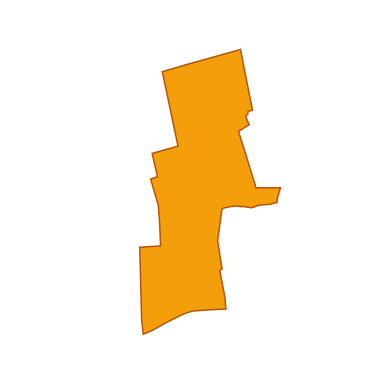 Fantanele, Teleorman, Romania (Natural Earth projection), rotated 322°
{"feature_id": "2599482B79674535262636", "entity_name": "Fantanele", "entity_type": "district", "adm_level": 2, "iso_a3": "ROU", "parent_name": "Romania", "parent_adm1": "Teleorman", "projection": "natural_earth1", "projection_center": [25.305, 43.725], "detail": "fine", "context": "isolated", "style": "filled", "palette": "amber", "viewbox_px": 384, "rotation_deg": 322, "n_neighbors": 0, "source": "geoboundaries", "source_scale": "gbopen_adm2", "svg_char_len": 1551}
<svg xmlns="http://www.w3.org/2000/svg" viewBox="0 0 384 384"><g transform="rotate(322 192 192)"><path d="M308.5,128.1L318.0,109.5L317.1,109.2L268.1,89.0L242.7,78.9L209.2,147.2L184.4,137.1L179.0,148.3L174.3,158.7L169.0,156.9L167.3,156.4L157.4,181.5L150.5,192.0L150.2,192.5L145.1,199.7L134.1,215.1L116.8,203.4L73.7,261.6L66.0,274.1L72.7,275.9L74.1,276.3L75.5,276.6L78.8,277.1L83.0,277.8L89.7,278.8L92.5,279.3L96.0,280.0L103.4,281.5L108.3,282.5L111.5,283.4L112.4,283.6L119.1,286.1L126.5,291.1L136.7,298.0L142.8,302.4L146.7,305.1L153.2,295.0L165.7,270.7L168.3,271.2L181.3,247.8L182.0,246.5L182.1,246.4L182.4,246.0L186.5,241.9L188.6,240.0L193.0,235.6L203.9,225.1L204.5,224.6L205.2,224.0L205.7,223.9L207.3,224.3L208.4,224.7L212.3,226.7L216.3,229.0L217.5,229.6L217.9,230.0L220.2,232.3L222.1,234.2L223.2,234.8L223.8,235.3L229.0,240.9L231.2,241.9L232.6,242.4L233.6,242.6L234.6,242.7L235.7,243.2L237.8,244.4L242.4,247.4L244.2,248.7L246.3,249.9L249.3,251.1L250.7,251.6L251.8,252.4L252.1,252.6L252.5,252.6L252.9,252.3L253.1,252.0L253.7,251.4L254.2,250.8L254.7,250.2L254.8,249.8L256.7,248.6L258.5,247.3L264.3,243.2L260.3,240.1L259.2,239.2L256.7,237.2L252.9,234.2L246.8,229.4L244.8,227.9L246.1,225.5L246.7,223.9L255.9,199.5L256.0,199.3L256.7,197.9L257.7,195.0L258.7,192.1L259.7,189.7L261.7,184.1L265.9,173.1L266.0,172.9L267.6,173.0L272.1,173.5L274.3,173.8L278.6,174.2L279.2,170.5L279.7,169.4L280.8,166.3L280.9,166.1L281.4,164.8L283.7,165.3L285.4,163.2L287.9,163.8L289.6,164.6L290.1,164.7L308.5,128.1Z" fill="#f59e0b" stroke="#b45309" stroke-width="1.5"/></g></svg>